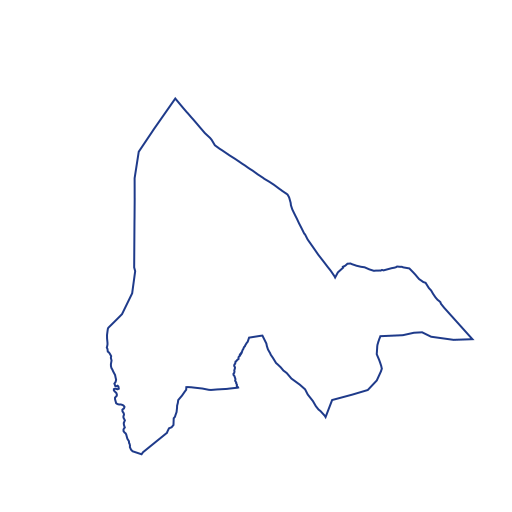 Chalcatongo de Hidalgo, Oaxaca, Mexico, rotated 342°
{"feature_id": "50627088B84584796932653", "entity_name": "Chalcatongo de Hidalgo", "entity_type": "district", "adm_level": 2, "iso_a3": "MEX", "parent_name": "Mexico", "parent_adm1": "Oaxaca", "projection": "natural_earth1", "projection_center": [-97.566, 16.998], "detail": "fine", "context": "isolated", "style": "outline", "palette": "blue", "viewbox_px": 512, "rotation_deg": 342, "n_neighbors": 0, "source": "geoboundaries", "source_scale": "gbopen_adm2", "svg_char_len": 4550}
<svg xmlns="http://www.w3.org/2000/svg" viewBox="0 0 512 512"><g transform="rotate(342 256 256)"><path d="M227.9,81.3L197.8,104.0L194.8,106.4L190.2,110.0L176.7,120.6L164.6,144.5L160.9,156.0L158.4,163.7L158.4,163.8L158.3,164.1L152.2,182.4L151.2,185.3L136.6,229.2L136.4,233.1L127.8,250.9L126.7,253.2L110.6,269.9L103.8,273.4L93.4,278.6L92.6,279.5L91.6,281.5L89.9,285.1L88.9,288.3L88.3,291.0L87.9,292.8L87.4,294.3L86.4,296.1L85.8,297.0L86.0,298.5L85.5,301.1L86.4,302.4L86.9,304.3L87.3,306.5L86.5,308.0L86.3,310.8L84.6,314.0L84.0,316.0L83.9,318.0L84.3,319.6L84.4,321.0L84.7,322.9L85.2,325.6L84.9,328.2L84.7,330.5L83.6,332.3L82.2,333.4L81.9,333.6L82.0,336.2L83.0,336.7L84.3,336.6L84.8,337.6L84.5,339.8L83.2,340.0L82.4,339.5L81.1,338.6L79.7,338.7L79.3,339.9L79.8,341.2L80.8,343.0L80.9,344.6L80.4,345.9L78.2,347.1L77.7,348.5L77.6,350.2L77.5,352.8L78.2,353.7L79.0,354.4L80.1,355.0L81.5,355.4L83.1,356.5L83.9,357.5L84.3,358.9L83.3,360.2L82.2,360.5L81.4,360.9L81.0,362.5L81.6,364.7L81.4,366.2L80.4,367.4L80.0,368.8L80.5,371.8L78.6,374.0L78.2,375.9L78.2,378.6L77.2,379.2L76.4,380.0L75.9,381.6L76.4,383.2L77.2,384.4L77.4,385.6L77.3,387.5L77.2,390.1L77.6,391.7L77.9,392.9L77.5,394.6L77.7,395.4L77.6,397.2L77.0,398.8L77.3,401.6L78.3,403.6L85.9,409.2L87.9,407.7L104.3,401.4L116.8,396.6L117.2,395.9L120.0,393.0L122.8,392.8L125.3,391.2L127.6,384.9L128.9,384.1L129.3,383.8L130.2,382.5L132.2,379.9L133.9,376.2L134.7,374.0L136.3,371.5L137.5,369.0L138.6,368.3L142.5,365.9L146.3,363.0L148.3,361.6L149.2,359.2L150.7,359.6L154.0,360.9L156.8,362.2L164.1,365.5L169.8,368.7L171.8,369.5L177.8,370.9L187.2,373.4L189.4,373.8L198.0,375.6L198.3,375.6L198.2,374.9L197.6,374.4L197.5,373.6L198.0,372.9L198.1,372.3L197.9,371.5L197.8,370.8L198.1,370.3L198.0,369.8L197.7,368.7L197.6,368.2L198.1,367.4L198.4,366.6L198.4,364.9L198.4,363.6L198.2,363.0L197.9,362.4L198.0,361.5L198.2,361.0L199.1,360.5L199.8,359.3L200.0,358.0L200.7,357.1L201.4,356.0L201.6,355.3L201.4,354.5L201.3,353.8L201.6,353.0L202.4,352.2L202.9,352.0L203.9,350.1L204.5,350.0L205.4,349.5L206.1,349.0L206.8,348.8L207.6,348.5L207.8,347.8L208.1,346.9L208.7,346.4L209.3,346.1L209.8,346.0L210.1,345.7L210.1,344.9L210.6,344.5L211.1,344.8L211.4,344.6L211.6,344.1L212.0,344.0L212.4,343.7L212.3,343.3L212.9,343.0L213.4,342.3L214.1,341.4L214.5,341.0L215.2,340.5L215.8,339.7L216.4,339.0L216.9,338.7L217.5,338.5L218.0,337.8L218.9,337.0L220.3,335.8L221.6,335.0L224.2,331.5L235.6,333.3L237.5,333.7L238.8,342.4L238.5,345.1L238.5,348.5L239.0,351.0L239.4,352.8L239.5,354.4L240.6,358.1L242.0,364.0L243.1,365.8L245.1,369.5L246.7,373.5L247.6,374.7L249.1,376.9L251.8,383.5L257.9,391.9L261.5,398.0L262.4,403.7L265.3,411.6L266.5,417.3L268.0,421.3L269.4,423.4L272.0,429.1L272.4,430.7L283.9,416.5L304.8,417.6L320.9,418.0L332.4,411.7L339.4,404.1L339.6,403.7L339.8,403.4L340.2,403.0L340.3,402.8L340.9,401.9L340.9,401.3L341.1,399.3L341.1,395.8L341.0,392.7L340.6,388.3L340.5,386.6L341.1,385.2L341.5,384.2L342.0,382.9L342.5,381.7L343.3,379.6L344.0,378.1L344.9,376.8L345.3,376.2L345.6,375.8L345.8,375.4L346.4,374.7L347.4,373.3L347.9,372.7L348.5,372.0L349.5,370.7L371.2,376.7L382.5,377.8L390.4,379.9L397.6,386.9L418.0,396.8L436.1,402.0L419.0,363.5L417.1,358.5L417.1,356.9L416.2,355.3L415.1,353.7L413.9,350.8L412.7,346.7L411.9,342.9L410.5,339.9L409.0,333.9L407.0,332.4L405.7,330.6L404.0,328.4L402.9,325.8L401.8,323.0L400.5,320.2L398.0,315.2L392.5,312.3L391.3,311.3L389.9,310.9L386.9,309.6L385.9,309.9L385.1,309.9L384.2,309.9L381.3,309.5L373.2,309.1L372.9,309.1L371.5,308.2L370.9,308.2L370.3,308.4L369.7,308.3L369.0,308.0L367.2,307.5L365.3,306.9L363.5,306.5L359.6,303.7L355.8,300.3L352.5,298.7L348.4,296.2L347.4,295.4L345.9,294.3L344.7,293.4L343.5,292.3L341.7,291.9L341.1,291.7L340.6,291.6L339.5,292.1L337.9,292.8L335.3,293.1L335.3,294.0L330.1,296.3L328.8,296.9L324.6,300.9L324.4,299.6L323.5,296.5L322.5,293.1L322.1,292.0L320.7,288.3L319.1,283.7L315.6,274.0L313.6,267.3L310.2,256.2L309.3,250.5L308.8,249.7L307.9,243.6L307.0,238.1L306.4,233.1L305.9,230.0L305.5,227.2L305.0,223.6L304.9,222.5L304.9,218.5L305.3,216.6L305.4,215.9L305.6,211.1L305.5,209.7L305.2,208.4L305.0,207.3L304.5,206.6L300.9,202.0L300.1,200.8L299.0,199.4L295.2,194.0L291.6,189.5L287.7,185.1L286.9,183.9L282.8,178.8L279.2,173.8L277.0,171.2L275.6,169.4L273.4,166.4L271.4,164.0L269.5,161.5L266.0,157.0L261.9,152.1L256.5,145.1L254.5,142.7L251.1,138.0L249.7,131.8L248.8,129.5L247.8,127.7L246.4,125.2L245.3,123.2L242.6,116.7L239.6,109.4L238.6,107.0L237.0,103.4L235.1,98.8L234.8,98.3L233.8,95.9L233.3,94.7L232.5,92.8L230.5,87.8L227.9,81.3Z" fill="none" stroke="#1e3a8a" stroke-width="2"/></g></svg>